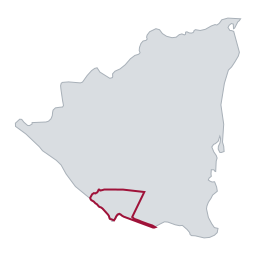 Rivas highlighted on a map of Nicaragua
{"feature_id": "NIC-24", "entity_name": "Rivas", "entity_type": "Department", "adm_level": 1, "iso_a3": "NIC", "parent_name": "Nicaragua", "parent_adm1": "", "projection": "albers", "projection_center": [-85.754, 11.311], "detail": "fine", "context": "in_parent", "style": "outline", "palette": "rose", "viewbox_px": 256, "rotation_deg": 0, "n_neighbors": 0, "source": "natural_earth", "source_scale": "10m", "svg_char_len": 2938}
<svg xmlns="http://www.w3.org/2000/svg" viewBox="0 0 256 256"><path d="M240.6,18.8L239.3,20.7L237.8,21.9L234.6,28.1L233.5,28.7L233.3,24.1L231.4,23.5L229.2,25.2L228.0,27.5L229.9,30.5L231.6,30.6L233.7,31.4L239.4,52.3L238.3,56.1L234.9,61.9L231.6,66.9L228.4,70.1L224.4,83.3L220.9,104.9L223.7,124.2L222.5,142.1L223.7,146.3L224.1,151.5L221.3,152.5L219.8,152.4L218.2,149.1L218.4,146.3L220.0,142.9L220.6,138.4L219.8,136.1L218.2,141.2L215.4,143.6L213.6,144.4L211.8,147.0L213.8,151.9L216.2,155.4L217.1,158.0L216.2,161.1L215.7,171.5L214.8,171.2L213.9,169.8L211.3,169.7L211.0,174.0L211.3,176.3L209.1,178.1L208.3,180.0L210.1,181.2L212.1,182.0L214.6,181.8L216.6,187.0L217.3,191.2L212.6,195.1L211.0,198.3L208.4,202.2L206.9,206.1L206.5,208.8L208.4,217.5L211.7,223.7L214.4,227.6L218.0,228.4L217.2,232.6L214.5,235.2L209.6,237.4L204.1,237.9L195.2,235.8L191.5,235.6L190.1,234.5L189.6,232.5L187.1,229.5L182.4,225.4L179.7,225.7L175.3,224.8L167.9,222.1L164.5,221.8L159.7,224.2L154.1,227.3L140.4,222.5L130.9,219.1L122.3,216.0L120.0,214.8L118.1,215.1L116.5,216.7L114.6,219.5L114.0,220.4L113.0,221.1L111.9,221.4L111.9,220.0L107.7,214.3L101.0,207.5L75.4,186.5L66.1,174.0L61.1,165.0L56.3,160.3L42.5,150.7L39.4,146.8L25.8,133.9L15.5,126.4L15.4,123.2L19.7,119.2L21.7,119.4L24.0,122.3L27.7,125.5L29.4,125.6L32.0,124.1L32.1,122.6L46.0,122.0L48.5,121.2L51.0,118.8L52.3,115.6L52.6,112.4L53.1,110.1L55.4,107.9L59.4,107.3L62.6,107.0L63.5,105.5L62.6,100.7L60.9,89.0L60.6,85.7L61.2,83.3L62.4,82.4L68.6,81.9L80.3,82.9L82.5,82.1L87.2,75.5L91.6,70.6L94.7,68.4L97.1,67.8L99.9,72.1L109.8,78.3L111.4,77.9L112.4,77.6L112.7,76.7L112.6,73.8L115.0,71.2L120.1,68.9L125.2,64.8L130.4,58.8L134.9,55.4L138.6,54.3L140.1,52.7L139.2,50.5L139.5,47.4L141.0,43.4L143.1,41.0L146.0,40.4L147.2,39.1L146.6,37.2L147.1,35.1L149.7,31.7L155.9,28.7L159.5,29.7L162.4,33.6L166.6,36.3L172.0,37.7L176.2,37.2L179.2,34.7L181.9,33.9L184.3,34.9L185.5,34.3L185.6,32.2L186.9,31.8L189.2,32.9L191.3,33.1L193.1,32.6L193.8,31.6L194.1,30.5L195.5,29.7L200.2,30.5L205.4,29.3L211.2,26.0L215.0,24.6L216.9,25.0L219.2,23.4L221.8,19.8L227.8,18.1L240.6,18.8Z" fill="#d9dde1" stroke="#a8b0b8" stroke-width="1"/><path d="M137.5,221.8L135.7,221.1L128.9,218.6L123.8,216.7L122.2,215.8L120.7,214.5L119.3,213.8L117.6,214.5L116.2,216.4L115.3,218.4L114.0,220.4L111.5,219.3L110.5,219.2L109.8,218.8L109.4,217.9L108.9,216.0L108.0,214.6L102.6,208.6L102.2,208.3L102.0,208.1L101.2,207.6L101.0,207.4L99.3,206.9L98.5,206.1L96.8,204.1L95.5,203.4L93.7,201.5L91.5,200.3L90.8,199.6L90.6,199.2L90.2,197.8L91.7,195.1L92.0,194.5L92.1,194.3L93.9,193.1L95.1,193.4L95.5,193.4L95.6,193.2L97.0,192.5L97.2,192.4L97.8,191.5L98.6,189.8L98.7,189.6L98.9,189.5L99.0,189.5L99.3,189.6L99.5,189.7L99.7,189.9L100.2,190.5L100.5,190.5L102.7,190.0L104.3,189.5L123.0,189.6L144.3,192.0L132.2,217.0L134.3,218.9L138.8,220.5L141.3,221.6L148.1,224.1L152.4,225.5L155.3,227.2L154.1,227.6L152.9,227.5L144.8,224.5L137.5,221.8Z" fill="none" stroke="#9f1239" stroke-width="2"/></svg>